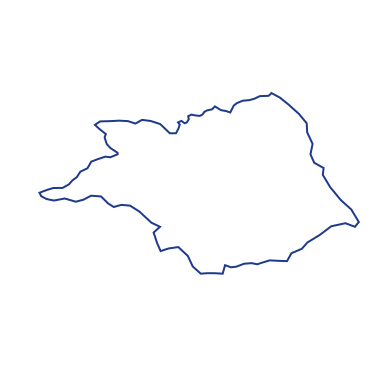 outline of Akoursos, Paphos, Cyprus, rotated 65°
{"feature_id": "46923920B92480044659447", "entity_name": "Akoursos", "entity_type": "district", "adm_level": 2, "iso_a3": "CYP", "parent_name": "Cyprus", "parent_adm1": "Paphos", "projection": "orthographic", "projection_center": [32.419, 34.879], "detail": "fine", "context": "isolated", "style": "outline", "palette": "blue", "viewbox_px": 384, "rotation_deg": 65, "n_neighbors": 0, "source": "geoboundaries", "source_scale": "gbopen_adm2", "svg_char_len": 1565}
<svg xmlns="http://www.w3.org/2000/svg" viewBox="0 0 384 384"><g transform="rotate(65 192 192)"><path d="M128.2,330.5L132.1,330.4L136.9,326.8L141.4,320.7L144.1,310.1L151.7,301.4L153.1,293.6L152.7,285.0L157.6,276.3L166.8,272.9L172.5,269.3L173.8,261.5L178.2,253.9L187.4,248.0L202.6,241.8L210.0,235.7L212.5,243.9L223.4,245.2L232.3,245.4L233.3,237.0L236.1,227.7L248.1,222.8L259.8,222.8L269.7,218.6L272.0,212.6L274.8,206.5L279.0,198.7L272.3,193.0L276.7,188.5L278.4,183.5L279.0,175.2L281.7,168.0L285.1,163.4L285.6,158.8L286.8,150.5L291.4,141.8L294.8,135.1L289.5,127.7L289.9,116.5L286.5,108.7L284.9,94.3L281.9,80.3L285.1,66.2L292.4,59.0L289.7,53.5L275.2,55.0L262.3,60.5L246.1,64.7L231.8,66.2L225.9,62.6L217.1,68.9L207.9,68.7L199.4,62.4L186.6,62.4L178.2,59.0L166.6,62.0L153.2,67.7L143.5,72.5L135.9,78.2L136.2,78.5L137.2,81.9L133.8,90.0L133.8,96.2L133.0,101.1L130.7,107.5L130.4,113.5L131.3,117.6L136.1,123.7L132.9,127.1L130.1,131.1L124.1,135.1L125.6,138.8L125.1,140.8L124.4,144.2L124.6,147.0L126.3,149.9L126.3,152.8L124.2,156.3L121.6,159.9L121.7,163.5L124.7,164.1L126.8,167.5L126.5,169.7L123.1,171.5L123.0,175.2L125.7,174.6L128.9,177.6L132.0,181.7L129.4,187.3L124.4,189.2L117.0,192.1L110.2,199.4L105.5,206.8L106.1,214.3L100.7,220.1L96.5,228.0L93.2,236.2L89.2,245.4L90.1,251.6L95.5,249.4L103.1,245.6L105.5,248.1L112.4,249.0L117.6,247.4L125.0,242.9L126.4,243.5L126.0,251.3L123.3,255.7L122.4,263.6L121.9,270.5L126.3,276.7L126.4,284.6L129.8,290.0L131.0,295.7L133.1,300.3L133.6,307.6L129.8,315.9L128.8,322.7L128.2,330.5Z" fill="none" stroke="#1e3a8a" stroke-width="2"/></g></svg>